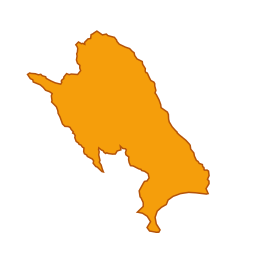 the district of Peñuelas, Puerto Rico, rotated 324°
{"feature_id": "32010507B14079989067624", "entity_name": "Peñuelas", "entity_type": "district", "adm_level": 2, "iso_a3": "PRI", "parent_name": "Puerto Rico", "parent_adm1": "", "projection": "natural_earth1", "projection_center": [-66.73, 18.055], "detail": "fine", "context": "isolated", "style": "filled", "palette": "amber", "viewbox_px": 256, "rotation_deg": 324, "n_neighbors": 0, "source": "geoboundaries", "source_scale": "gbopen_adm2", "svg_char_len": 2798}
<svg xmlns="http://www.w3.org/2000/svg" viewBox="0 0 256 256"><g transform="rotate(324 128 128)"><path d="M159.8,31.3L155.9,31.1L155.3,31.2L153.0,30.8L150.4,33.6L148.0,32.4L143.2,33.2L142.2,34.9L141.1,32.9L139.8,32.4L138.5,29.3L134.7,30.0L134.7,32.2L134.1,34.1L131.6,36.9L130.1,37.8L129.1,39.9L126.3,42.6L125.2,45.9L125.9,49.0L124.2,51.1L123.4,53.8L118.7,55.1L113.8,51.0L111.7,50.2L110.3,47.9L106.1,49.0L105.1,50.2L102.7,50.3L101.6,50.8L101.3,52.1L99.3,53.0L95.6,48.6L93.3,44.6L91.0,39.8L91.5,38.1L89.3,35.3L89.0,33.3L86.8,32.3L84.9,29.6L81.6,26.8L80.8,25.7L78.2,25.6L78.0,30.7L79.3,33.0L78.4,35.1L82.4,41.5L83.3,45.4L83.5,49.0L85.9,52.6L86.9,55.6L84.9,56.9L82.6,61.2L81.5,62.0L82.5,68.7L81.6,72.2L80.8,73.9L80.1,74.9L79.6,78.4L79.4,79.4L77.4,86.2L77.9,89.6L80.5,91.7L81.5,93.5L81.2,95.6L81.5,98.9L80.3,99.6L81.0,100.9L80.8,103.1L79.3,104.5L78.2,108.4L79.1,111.0L78.8,112.5L79.9,114.0L79.9,116.6L80.6,118.3L78.3,121.0L77.6,123.2L78.7,125.6L78.4,127.1L80.9,132.2L80.9,134.4L79.1,136.0L79.3,140.2L80.2,141.6L81.3,147.9L82.3,149.1L83.1,146.0L84.5,142.2L84.7,138.8L86.3,137.7L88.5,132.5L90.7,130.3L91.5,128.1L92.7,126.9L93.6,130.3L94.5,131.6L94.3,133.6L95.0,135.5L96.3,135.6L97.1,137.1L100.1,140.0L102.5,141.6L105.8,140.2L109.4,141.5L111.1,138.2L111.7,141.5L113.7,143.3L113.8,144.7L111.5,146.4L110.6,148.4L111.6,151.9L109.9,153.9L108.6,156.7L107.9,159.9L109.9,161.8L112.8,167.5L114.2,169.1L114.0,170.3L116.0,172.8L117.4,176.7L115.7,180.8L112.3,182.0L109.9,180.9L107.7,181.8L100.1,185.4L97.3,190.8L97.5,192.1L96.6,196.8L96.2,197.7L94.2,200.4L86.1,201.6L86.3,201.8L86.9,202.4L89.3,205.1L89.6,205.4L91.5,210.2L91.7,210.7L91.2,217.1L85.9,219.3L84.9,219.7L84.9,224.0L85.5,224.6L88.8,228.1L89.6,229.0L91.7,230.4L92.5,230.0L94.0,229.3L94.5,222.2L97.4,216.2L102.8,212.4L106.6,212.0L108.3,211.8L108.5,211.8L111.4,212.1L114.0,212.4L118.1,209.8L123.9,209.8L124.3,209.8L124.7,209.9L128.9,211.1L131.6,211.8L135.0,213.5L138.8,215.5L139.1,215.6L144.8,220.3L152.6,227.5L154.3,228.2L155.5,222.9L160.8,220.7L162.3,218.5L162.1,216.2L165.6,214.2L167.8,210.2L167.2,208.4L166.4,208.0L165.1,206.9L165.0,206.5L165.1,206.2L165.4,206.0L166.2,204.5L165.7,203.2L166.7,201.3L164.8,198.5L165.0,196.3L164.3,194.4L165.2,189.8L166.6,186.8L166.3,182.0L168.1,178.6L168.2,177.5L167.6,172.0L165.4,163.7L164.9,160.8L165.0,160.7L165.3,160.2L164.9,157.9L164.4,152.9L164.9,147.4L166.0,144.8L168.7,140.7L168.8,139.8L169.2,138.3L166.7,131.0L168.2,128.3L169.6,123.5L170.5,117.6L170.4,115.6L172.7,113.9L174.3,109.8L175.7,107.8L175.9,106.1L174.4,103.0L174.8,100.1L175.9,94.9L175.0,93.6L175.5,91.8L176.9,90.2L177.3,85.0L178.6,82.6L175.9,77.4L176.0,73.3L177.2,70.6L176.5,68.6L176.0,64.7L173.4,61.0L170.2,55.1L169.9,51.3L170.4,50.3L170.3,46.7L166.0,41.4L165.7,39.3L162.0,37.6L159.8,31.3Z" fill="#f59e0b" stroke="#b45309" stroke-width="1.5"/></g></svg>